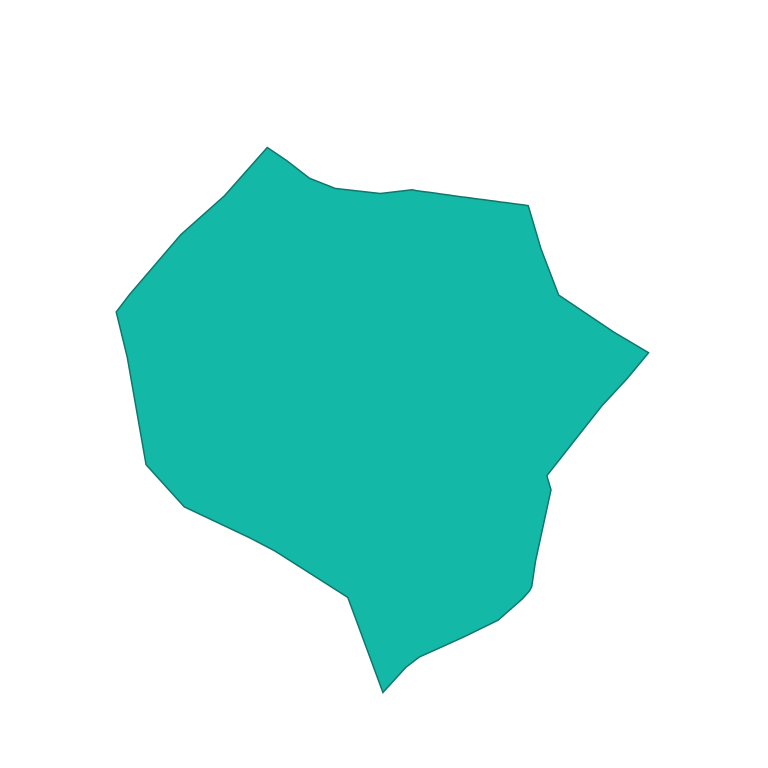 the district of Cogt-Cecii, Ömnögovi, Mongolia, rotated 45°
{"feature_id": "93677404B54738305211912", "entity_name": "Cogt-Cecii", "entity_type": "district", "adm_level": 2, "iso_a3": "MNG", "parent_name": "Mongolia", "parent_adm1": "Ömnögovi", "projection": "equal_earth", "projection_center": [105.867, 43.804], "detail": "fine", "context": "isolated", "style": "filled", "palette": "teal", "viewbox_px": 768, "rotation_deg": 45, "n_neighbors": 0, "source": "geoboundaries", "source_scale": "gbopen_adm2", "svg_char_len": 926}
<svg xmlns="http://www.w3.org/2000/svg" viewBox="0 0 768 768"><g transform="rotate(45 384 384)"><path d="M601.4,602.9L599.8,568.9L602.0,552.1L615.2,517.3L620.2,503.8L631.7,470.2L633.8,438.3L633.2,427.4L631.8,422.9L616.4,402.1L576.9,340.7L564.0,333.7L553.5,245.5L552.1,208.2L549.0,174.8L509.9,184.8L444.6,197.6L399.4,177.4L359.9,155.9L355.1,159.4L351.9,161.9L348.5,164.6L346.0,166.4L341.8,169.6L338.1,172.6L335.0,174.9L333.2,176.2L329.3,179.3L325.4,182.2L323.7,183.5L320.4,186.2L319.1,187.1L316.3,189.3L314.5,190.6L310.7,193.5L306.7,196.7L305.1,197.9L298.6,202.8L296.2,204.5L295.7,204.9L290.3,209.1L286.7,211.7L278.7,217.8L277.0,219.2L272.4,222.7L269.7,224.7L266.6,226.7L246.7,251.9L211.1,280.3L185.8,291.2L157.6,294.8L134.2,299.3L138.1,363.9L134.7,422.0L140.8,500.6L143.7,522.4L183.8,546.8L272.8,609.3L329.7,612.1L397.9,587.7L424.7,579.3L509.3,560.5L601.4,602.9Z" fill="#14b8a6" stroke="#0f766e" stroke-width="1.5"/></g></svg>